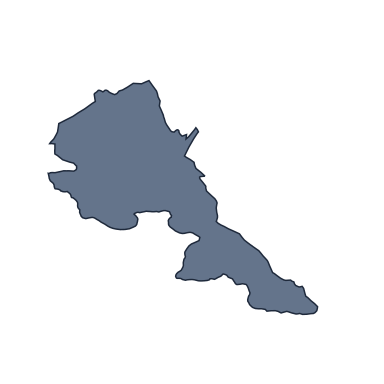 Khanaqin, Diyala, Iraq (Natural Earth projection), rotated 104°
{"feature_id": "34846034B8709315351100", "entity_name": "Khanaqin", "entity_type": "district", "adm_level": 2, "iso_a3": "IRQ", "parent_name": "Iraq", "parent_adm1": "Diyala", "projection": "natural_earth1", "projection_center": [45.457, 34.523], "detail": "fine", "context": "isolated", "style": "filled", "palette": "slate", "viewbox_px": 384, "rotation_deg": 104, "n_neighbors": 0, "source": "geoboundaries", "source_scale": "gbopen_adm2", "svg_char_len": 5492}
<svg xmlns="http://www.w3.org/2000/svg" viewBox="0 0 384 384"><g transform="rotate(104 192 192)"><path d="M120.9,310.5L127.6,307.7L129.8,309.9L133.1,312.7L134.1,313.5L137.4,316.3L142.7,321.6L147.3,325.7L152.5,331.7L157.8,337.8L162.6,337.3L166.4,337.0L169.5,337.7L173.2,338.7L174.1,339.0L177.9,341.2L179.5,341.8L178.9,339.5L178.6,336.6L180.3,336.2L183.0,335.5L185.0,335.2L187.8,334.4L188.3,334.2L189.1,331.5L191.1,327.2L192.0,325.3L192.6,317.8L192.6,313.8L193.6,312.3L194.6,310.6L194.7,310.3L194.8,310.3L196.7,309.7L198.2,309.7L199.6,310.9L200.4,311.9L200.7,313.7L201.2,316.5L201.9,319.1L202.5,321.7L203.7,324.0L204.8,326.3L205.6,327.9L206.4,329.6L207.0,332.5L207.6,334.1L208.3,334.8L208.7,335.9L208.7,336.0L211.0,334.8L213.5,333.7L215.3,332.3L215.4,332.2L215.5,332.0L217.0,329.0L217.2,328.7L217.3,328.6L217.6,328.3L218.6,327.5L220.0,327.0L221.4,326.2L221.6,325.9L222.0,325.5L221.7,323.6L221.7,321.9L222.1,320.3L222.1,320.2L222.3,320.0L222.5,319.9L222.7,319.7L222.7,319.1L222.9,317.6L222.7,315.9L222.4,314.8L221.7,313.1L222.4,311.8L222.7,310.9L223.3,309.9L223.5,309.6L224.4,308.8L226.1,307.9L226.3,307.6L226.5,307.3L226.4,306.0L227.4,303.8L228.3,302.2L228.6,301.9L229.7,300.6L231.2,300.0L232.5,299.8L233.5,299.5L234.4,299.1L235.2,298.4L235.3,298.3L235.5,298.1L236.2,296.9L236.4,296.6L236.5,296.6L237.9,296.3L239.0,296.1L240.5,295.0L242.4,293.5L242.5,293.5L242.6,293.2L243.4,292.0L243.5,290.3L243.5,288.6L242.0,285.6L240.8,282.8L240.7,281.8L240.7,280.5L241.6,277.7L242.3,275.1L243.2,273.0L244.3,268.7L245.5,265.4L246.1,262.9L246.4,259.8L246.3,256.8L245.8,252.5L244.6,248.1L242.8,243.8L240.3,240.5L238.7,238.6L237.0,237.8L235.5,237.8L233.8,237.8L231.4,238.0L230.2,238.8L230.0,239.1L228.5,241.0L227.6,242.9L227.4,243.3L227.4,243.2L226.7,242.5L225.0,240.3L224.7,239.0L224.7,237.7L223.8,236.0L222.4,233.0L221.7,231.7L221.5,230.0L221.1,228.1L220.8,226.0L220.3,224.0L219.5,221.7L219.4,219.3L218.3,217.6L217.0,215.2L216.5,213.5L216.5,210.9L216.6,209.1L216.9,208.8L218.8,207.5L219.0,207.2L219.6,206.5L219.8,206.2L220.6,206.2L221.4,206.0L222.1,206.8L223.3,207.5L224.2,207.9L225.6,208.1L227.0,207.5L228.9,207.0L229.9,206.4L230.1,206.1L231.0,205.0L231.2,204.7L232.6,201.3L233.8,198.7L234.7,194.2L234.6,191.4L234.0,189.5L232.6,186.7L231.7,184.5L231.5,183.4L231.5,181.5L232.4,178.7L233.5,174.7L234.0,173.7L234.1,173.4L235.5,173.4L237.4,173.4L238.8,175.1L240.3,177.0L242.6,180.0L245.0,181.9L248.2,183.2L251.6,184.3L252.8,184.3L254.0,183.9L255.2,183.4L256.1,182.8L257.0,182.8L258.2,183.0L259.0,183.5L259.7,183.5L262.5,183.4L264.0,183.0L265.2,182.6L266.7,182.6L268.5,183.0L270.5,183.5L272.2,185.0L273.1,186.0L274.9,187.1L276.1,187.5L277.7,187.5L278.6,186.9L279.1,186.4L279.3,186.2L279.3,185.2L278.9,183.7L278.7,182.6L278.7,181.5L279.2,180.2L279.2,178.7L279.2,177.0L278.4,175.5L277.5,172.9L276.9,170.8L276.6,168.6L276.6,167.1L276.6,165.8L276.6,164.3L276.1,161.8L275.2,158.8L274.1,155.7L272.9,153.8L271.9,153.6L271.4,152.1L271.3,150.8L271.3,149.1L270.6,148.2L268.4,145.9L266.8,143.7L265.2,142.7L264.0,142.0L264.0,140.1L264.3,138.2L265.9,136.2L266.2,133.9L266.5,131.7L268.2,130.0L269.1,128.9L270.3,127.8L270.9,126.6L270.9,125.9L269.9,123.1L268.8,120.8L268.7,119.0L268.6,117.1L269.4,116.0L271.4,114.3L273.8,112.8L275.9,111.3L276.8,111.3L277.9,111.3L278.8,111.7L280.0,111.9L281.1,111.9L283.0,111.9L284.4,111.5L286.1,109.8L287.3,108.9L288.2,107.4L289.0,106.0L289.4,104.9L289.7,102.3L289.2,99.1L288.5,96.5L288.3,94.1L288.2,92.4L289.4,90.7L289.5,90.5L288.1,86.6L287.5,84.3L287.0,82.5L287.0,79.7L287.8,76.3L286.3,73.7L284.9,71.2L284.9,69.6L285.2,66.0L285.2,63.0L285.2,61.5L284.6,59.8L283.8,58.1L284.0,55.1L282.8,51.0L281.3,47.3L280.5,44.8L279.3,43.5L277.2,42.3L277.0,42.2L274.9,42.2L272.9,42.4L270.7,46.0L268.8,50.1L266.3,54.4L265.7,56.3L263.1,57.9L260.5,59.3L258.5,60.4L256.9,62.3L258.1,64.5L258.2,65.8L257.6,68.8L256.4,70.3L254.6,71.4L254.3,73.7L253.6,75.0L255.1,79.7L255.1,81.7L254.2,85.3L252.8,88.8L251.3,92.2L250.7,94.3L248.1,96.3L244.9,98.8L241.6,101.2L240.2,102.5L238.7,104.7L236.9,107.5L234.6,110.5L232.8,113.0L231.6,116.2L230.1,120.1L229.9,120.4L228.9,123.1L228.1,124.8L228.0,125.2L227.5,126.3L226.0,129.6L224.3,131.9L224.1,132.2L221.4,135.5L221.1,135.8L219.8,142.7L218.9,147.8L217.7,152.3L217.0,156.0L216.0,159.2L214.9,161.0L214.8,161.3L214.7,161.3L210.7,161.1L208.9,161.5L205.7,163.1L201.7,164.6L200.2,164.8L197.5,165.0L196.6,165.0L194.9,166.1L193.1,168.1L192.9,168.4L191.1,171.8L187.7,177.9L187.6,178.1L184.9,179.6L183.1,180.0L182.8,180.3L180.3,183.5L177.8,186.9L177.6,187.1L176.8,187.9L175.6,188.2L174.9,187.3L173.5,183.3L173.5,183.2L173.3,183.6L170.9,187.9L169.2,191.6L168.3,193.7L168.2,193.9L168.0,194.0L165.4,195.9L162.8,197.2L162.7,197.2L162.6,197.5L161.0,201.4L159.7,206.0L159.0,207.7L158.9,208.0L149.2,205.9L139.8,203.2L133.8,201.1L132.1,200.3L130.2,201.9L128.7,203.8L131.1,204.7L139.2,208.6L142.0,210.6L137.6,211.2L140.2,215.1L138.8,217.5L137.3,219.0L135.9,219.5L135.2,220.4L135.2,221.4L135.6,221.9L136.4,222.7L138.2,223.8L138.4,226.1L137.8,227.5L135.6,229.9L133.1,232.7L130.9,234.7L127.4,236.7L126.0,237.7L124.4,238.4L120.0,241.7L117.5,243.7L116.4,244.5L114.5,244.7L111.4,245.0L107.8,248.0L104.9,249.4L102.6,250.9L98.2,256.2L94.3,260.7L96.6,263.8L99.2,267.1L100.8,275.3L105.9,280.0L109.9,284.2L111.6,287.1L114.6,288.6L116.2,290.6L116.0,292.6L115.6,295.1L115.1,296.7L114.2,298.3L114.0,299.4L114.0,300.2L114.5,301.2L116.0,302.2L116.4,303.0L116.0,304.1L115.9,304.8L115.7,306.2L116.0,307.5L117.6,308.4L118.8,309.3L120.0,310.4L120.9,310.5Z" fill="#64748b" stroke="#1e293b" stroke-width="1.5"/></g></svg>